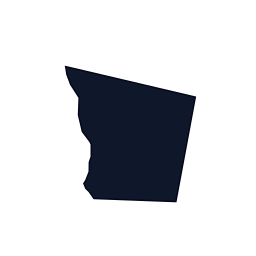 10 Ramadan 1, Al Qahirah, Egypt, rotated 320°
{"feature_id": "37247803B47496652532681", "entity_name": "10 Ramadan 1", "entity_type": "district", "adm_level": 2, "iso_a3": "EGY", "parent_name": "Egypt", "parent_adm1": "Al Qahirah", "projection": "orthographic", "projection_center": [31.717, 30.222], "detail": "fine", "context": "isolated", "style": "filled", "palette": "ink", "viewbox_px": 256, "rotation_deg": 320, "n_neighbors": 0, "source": "geoboundaries", "source_scale": "gbopen_adm2", "svg_char_len": 404}
<svg xmlns="http://www.w3.org/2000/svg" viewBox="0 0 256 256"><g transform="rotate(320 128 128)"><path d="M56.6,160.1L115.6,213.5L117.4,215.1L199.4,147.6L119.7,40.9L117.6,44.5L115.7,47.6L112.1,57.8L110.1,73.4L98.5,86.2L90.8,101.4L90.1,114.1L89.3,117.0L81.4,126.4L76.4,129.4L70.2,136.6L62.3,140.9L58.5,142.2L56.9,147.3L57.4,151.5L56.6,160.1Z" fill="#0f172a" stroke="#020617" stroke-width="1.5"/></g></svg>